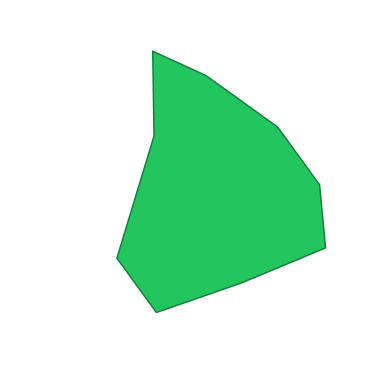 an SVG outline of Buada, rotated 138°
{"feature_id": "NRU-4970", "entity_name": "Buada", "entity_type": "state/province", "adm_level": 1, "iso_a3": "NRU", "parent_name": "Nauru", "parent_adm1": "", "projection": "equal_earth", "projection_center": [166.925, -0.53], "detail": "fine", "context": "isolated", "style": "filled", "palette": "green", "viewbox_px": 384, "rotation_deg": 138, "n_neighbors": 0, "source": "natural_earth", "source_scale": "10m", "svg_char_len": 287}
<svg xmlns="http://www.w3.org/2000/svg" viewBox="0 0 384 384"><g transform="rotate(138 192 192)"><path d="M299.1,126.3L292.1,193.1L182.8,259.0L127.0,322.9L103.7,269.2L84.9,182.9L92.4,111.9L130.1,61.1L216.7,91.6L299.1,126.3Z" fill="#22c55e" stroke="#15803d" stroke-width="1.5"/></g></svg>